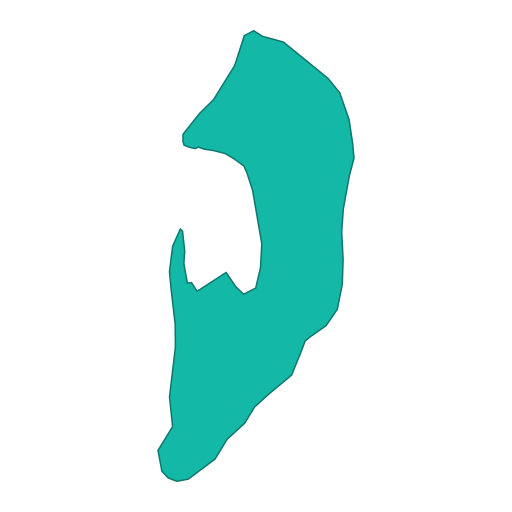 Polowat, Federated States of Micronesia
{"feature_id": "79324940B94242414509537", "entity_name": "Polowat", "entity_type": "district", "adm_level": 2, "iso_a3": "FSM", "parent_name": "Federated States of Micronesia", "parent_adm1": "", "projection": "equal_earth", "projection_center": [149.197, 7.357], "detail": "fine", "context": "isolated", "style": "filled", "palette": "teal", "viewbox_px": 512, "rotation_deg": 0, "n_neighbors": 0, "source": "geoboundaries", "source_scale": "gbopen_adm2", "svg_char_len": 940}
<svg xmlns="http://www.w3.org/2000/svg" viewBox="0 0 512 512"><path d="M268.5,394.3L291.6,375.1L300.8,352.6L305.1,341.0L310.5,336.6L326.1,325.6L337.3,309.3L342.3,284.2L343.1,259.4L341.7,231.8L343.3,209.0L349.4,175.6L354.0,158.2L352.7,143.9L349.1,119.6L339.7,92.7L327.9,78.3L283.5,42.1L262.4,36.3L253.7,30.7L244.3,35.7L234.7,65.5L213.5,99.7L199.8,113.2L186.6,129.7L183.0,134.4L182.9,141.1L184.1,145.2L189.1,147.2L195.1,148.6L198.4,147.1L203.9,149.1L213.8,150.6L225.0,153.5L233.6,158.5L243.9,166.0L247.1,173.3L252.6,190.4L261.8,243.9L260.5,267.6L255.7,288.1L243.7,294.2L235.9,286.9L226.1,272.5L197.1,291.3L191.5,282.6L187.4,283.1L183.9,263.7L184.7,250.7L182.5,231.1L180.3,229.1L172.6,246.2L169.5,271.8L171.1,289.2L175.2,324.4L175.4,347.0L169.5,396.9L172.6,426.6L158.0,450.4L161.9,471.3L168.3,478.0L176.9,481.3L188.3,479.1L215.1,459.0L227.1,439.3L244.7,423.2L254.6,407.0L268.5,394.3Z" fill="#14b8a6" stroke="#0f766e" stroke-width="1.5"/></svg>